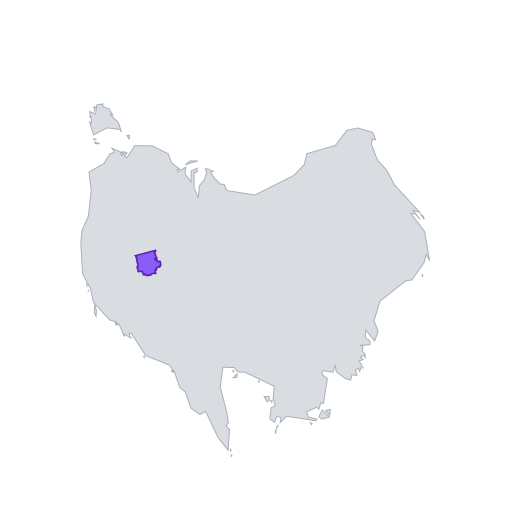 Paroo, Queensland, Australia shown in context, rotated 165°
{"feature_id": "25037944B13506382949724", "entity_name": "Paroo", "entity_type": "district", "adm_level": 2, "iso_a3": "AUS", "parent_name": "Australia", "parent_adm1": "Queensland", "projection": "equal_earth", "projection_center": [145.53, -27.987], "detail": "fine", "context": "in_parent", "style": "filled", "palette": "violet", "viewbox_px": 512, "rotation_deg": 165, "n_neighbors": 0, "source": "geoboundaries", "source_scale": "gbopen_adm2", "svg_char_len": 6708}
<svg xmlns="http://www.w3.org/2000/svg" viewBox="0 0 512 512"><g transform="rotate(165 256 256)"><path d="M339.6,90.4L344.8,118.8L351.1,117.4L358.2,125.8L359.5,143.0L363.7,148.9L364.7,164.8L367.8,173.0L388.3,188.3L396.2,213.1L398.5,214.4L398.9,210.0L403.3,214.5L404.1,212.3L405.8,224.8L408.4,228.5L414.1,232.4L425.0,253.4L424.3,267.3L428.1,283.9L421.7,314.5L417.5,325.6L407.5,338.0L398.1,362.3L395.6,380.4L379.1,384.6L370.9,392.3L365.8,393.0L367.3,397.4L359.3,391.0L360.5,389.5L359.9,387.9L358.5,387.8L355.8,390.6L353.9,388.9L357.1,386.3L355.3,384.3L344.5,394.0L327.6,389.2L314.3,377.4L313.6,368.1L307.2,359.6L309.8,360.0L309.7,357.4L300.9,360.0L303.3,353.6L299.6,344.4L296.7,354.9L290.2,356.0L291.1,352.5L294.2,352.4L298.2,338.0L296.6,327.1L292.5,338.6L286.1,342.9L281.9,349.7L282.7,353.2L280.1,352.7L275.6,348.9L278.3,348.9L276.1,342.1L271.7,334.5L268.3,333.5L267.4,326.8L241.4,315.2L198.8,324.0L185.6,331.9L180.4,341.7L150.6,342.3L135.7,354.0L124.6,353.3L111.4,345.3L110.3,337.3L113.5,338.7L115.6,333.8L113.9,317.4L107.4,304.9L103.9,289.1L86.6,255.8L92.5,259.4L88.2,249.2L91.1,255.3L95.4,257.1L86.8,236.0L89.5,206.7L91.1,213.6L95.4,206.0L111.7,192.5L117.7,193.3L148.0,180.3L158.8,162.9L157.6,151.5L163.4,143.3L169.1,156.0L171.6,149.0L168.0,144.0L168.9,140.8L179.1,142.9L175.9,141.7L177.8,136.7L175.9,132.2L181.3,131.6L179.2,128.3L183.7,127.8L182.0,123.1L185.8,117.7L186.2,120.9L189.3,120.5L189.4,114.4L194.0,116.5L196.8,111.6L201.8,115.0L208.5,123.5L207.6,130.3L211.8,123.8L221.2,128.1L223.0,124.4L218.7,119.3L229.1,96.1L231.3,97.6L234.9,91.8L236.3,94.3L247.5,92.4L247.0,86.8L239.5,82.7L240.7,81.3L267.9,93.3L275.7,88.9L273.8,93.5L277.2,96.0L281.2,90.5L284.8,95.1L280.6,105.5L276.0,106.4L276.3,113.9L272.1,125.5L296.8,146.6L303.5,148.7L305.7,153.8L316.7,157.2L324.4,139.0L324.7,112.2L325.9,102.2L328.7,99.7L326.5,95.1L333.2,75.6L339.6,90.4ZM354.0,413.2L366.5,418.3L381.4,415.1L382.2,429.0L381.3,426.5L379.7,429.4L379.3,438.5L374.1,434.8L370.7,443.1L364.3,442.5L365.6,440.1L360.0,436.2L357.8,429.2L360.3,430.4L354.4,420.6L354.0,413.2ZM226.7,81.4L234.5,81.4L237.0,84.3L231.9,90.1L226.7,81.4ZM287.7,362.9L300.5,362.5L295.1,364.9L287.7,362.9ZM283.0,112.3L284.6,118.1L279.7,117.1L280.4,113.0L283.0,112.3ZM424.3,251.0L424.2,244.6L426.1,239.3L426.8,243.1L424.3,251.0ZM378.0,404.9L382.2,406.1L382.3,408.0L378.0,404.9ZM226.0,83.1L228.8,88.8L223.9,88.5L226.0,83.1ZM349.4,405.8L347.0,405.3L348.3,401.9L349.4,405.8ZM309.5,144.2L307.1,146.0L304.8,146.9L305.9,143.7L309.5,144.2ZM86.4,254.4L84.3,251.3L83.9,248.5L84.2,248.3L86.4,254.4ZM381.4,410.0L383.0,411.3L379.9,410.2L381.4,410.0ZM407.4,225.6L409.2,225.6L409.1,228.4L407.4,225.6ZM365.3,164.6L367.4,166.3L367.0,167.3L365.3,164.6ZM373.9,439.8L374.1,442.0L372.5,441.3L373.9,439.8ZM426.9,269.7L427.0,273.1L426.8,273.0L426.9,269.7ZM246.5,81.1L245.2,79.6L246.1,78.7L246.5,81.1ZM282.8,81.4L281.0,84.3L283.1,79.3L282.8,81.4ZM427.3,265.5L426.4,266.7L427.0,265.4L427.3,265.5ZM286.3,134.2L285.3,134.8L285.8,133.4L286.3,134.2ZM279.1,112.2L277.8,112.5L278.6,110.7L279.1,112.2ZM100.7,192.7L100.4,195.0L99.8,194.8L100.7,192.7ZM330.9,74.3L330.9,76.3L330.3,74.8L330.9,74.3ZM358.5,388.7L358.8,389.8L358.4,389.5L358.5,388.7ZM280.5,85.2L277.9,87.1L280.5,84.6L280.5,85.2ZM182.1,120.2L181.2,121.6L181.7,120.0L182.1,120.2ZM374.8,438.1L374.0,438.6L374.5,437.8L374.8,438.1ZM308.4,151.0L307.0,151.0L307.7,149.8L308.4,151.0ZM177.2,130.6L176.6,131.4L176.5,129.6L177.2,130.6ZM380.8,433.4L379.7,434.1L380.1,432.8L380.8,433.4ZM331.8,68.9L331.6,70.2L330.9,69.6L331.8,68.9ZM357.9,390.2L359.0,391.2L357.2,390.9L357.9,390.2ZM390.7,188.1L389.8,188.2L390.2,186.7L390.7,188.1ZM398.1,209.8L397.6,209.8L398.0,208.6L398.1,209.8ZM354.5,411.5L354.2,412.3L353.9,411.3L354.5,411.5Z" fill="#d9dde1" stroke="#a8b0b8" stroke-width="1"/><path d="M365.7,287.5L368.4,287.5L369.1,287.5L371.1,287.5L371.6,287.5L372.2,287.5L372.1,287.4L372.2,287.1L372.2,286.9L372.2,286.6L372.2,286.3L372.3,286.1L372.2,286.0L371.5,285.9L371.6,285.6L371.6,285.4L371.7,285.2L371.7,284.9L371.7,284.7L371.8,284.4L372.0,284.5L372.1,284.2L372.1,283.9L372.2,283.4L372.1,283.0L372.1,282.8L372.2,282.6L372.3,282.4L372.4,282.0L372.4,281.4L372.4,281.1L372.4,280.8L372.4,280.5L372.4,280.4L372.0,280.3L372.1,279.7L372.1,279.4L372.3,279.3L372.3,279.2L372.4,278.3L372.4,277.8L372.6,276.2L373.1,276.2L373.3,276.2L373.6,276.3L373.6,276.2L373.7,275.5L373.8,275.2L373.6,275.2L373.7,274.8L373.7,274.7L373.6,274.4L373.7,273.7L373.7,273.1L373.9,272.1L373.9,271.6L373.3,271.5L373.3,271.4L373.3,271.2L373.2,271.1L372.9,271.2L372.7,271.1L372.1,271.0L371.9,271.0L371.7,271.0L371.5,270.9L371.3,270.9L371.2,270.9L370.9,270.8L370.5,270.8L370.4,270.7L370.2,270.7L369.8,270.6L369.7,270.6L369.7,270.3L369.8,269.9L369.8,269.7L369.9,269.2L370.0,269.0L370.0,268.9L369.8,268.9L369.6,268.8L369.3,268.8L369.2,268.8L369.3,268.8L369.3,268.6L369.3,268.3L369.4,268.0L369.4,267.8L369.4,267.3L369.3,267.2L369.2,267.2L369.3,267.1L369.2,267.1L368.9,267.2L368.7,267.1L368.3,267.1L368.1,267.1L368.2,266.9L368.2,266.7L368.2,266.3L367.4,266.2L367.0,266.1L366.2,266.0L366.3,265.2L366.0,265.2L365.3,265.1L364.9,265.1L364.6,265.1L364.4,265.0L364.2,265.0L363.9,265.0L363.2,264.9L362.7,264.8L362.7,265.3L362.6,265.8L361.9,265.7L361.7,265.6L361.4,265.6L361.2,265.6L361.1,265.8L360.9,265.9L360.7,265.9L360.1,265.8L359.8,265.8L359.7,265.8L359.3,265.7L359.0,265.7L358.9,265.7L358.7,265.6L358.4,265.6L358.2,265.6L358.1,265.4L358.1,265.2L357.9,265.1L357.7,265.2L357.4,265.1L357.4,265.4L357.4,265.6L357.4,265.8L357.3,266.1L357.3,266.4L357.3,266.7L357.4,266.8L357.3,268.4L357.2,268.4L356.9,268.3L356.6,268.3L356.0,268.2L356.0,268.3L356.0,268.5L355.9,268.8L355.9,269.0L355.9,269.5L355.5,269.7L355.4,269.7L355.2,269.6L355.2,269.9L355.1,270.0L355.1,270.7L354.8,270.7L354.4,270.6L354.2,270.5L353.9,270.5L353.3,270.4L352.8,270.4L352.7,270.4L352.2,270.3L351.9,270.2L351.8,270.5L351.8,271.2L351.7,271.2L351.1,271.1L351.1,271.3L351.1,271.5L351.1,271.8L350.5,271.8L350.3,271.8L350.2,272.4L350.2,272.9L350.0,274.2L350.0,274.6L350.1,274.8L350.1,275.0L350.1,275.3L350.0,275.2L350.0,275.3L350.0,275.5L351.1,275.7L351.0,275.8L352.0,276.0L352.6,276.0L352.5,276.9L353.0,277.0L352.8,278.1L353.6,278.2L354.1,278.3L354.0,278.7L354.5,278.8L354.4,279.1L354.4,279.6L353.6,279.5L352.5,279.3L352.4,279.4L352.3,280.2L352.9,280.3L352.9,281.0L352.7,282.0L352.6,282.4L352.6,282.5L353.1,282.8L353.0,283.5L352.9,284.4L352.7,284.6L353.0,284.9L353.3,285.2L353.3,285.3L353.2,285.3L352.9,285.4L352.8,285.5L352.7,285.6L352.6,285.8L352.5,286.0L352.4,286.1L352.5,286.2L352.4,286.2L352.4,286.3L352.4,286.5L352.2,286.6L351.9,286.7L351.7,286.8L351.4,286.9L351.4,287.0L351.5,287.1L351.6,287.4L351.6,287.5L354.2,287.5L354.5,287.5L358.8,287.5L359.2,287.5L363.6,287.5L365.7,287.5Z" fill="#8b5cf6" stroke="#5b21b6" stroke-width="1.5"/></g></svg>